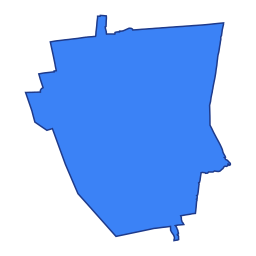 outline of Gioseni, Bacau, Romania
{"feature_id": "2599482B9784344865967", "entity_name": "Gioseni", "entity_type": "district", "adm_level": 2, "iso_a3": "ROU", "parent_name": "Romania", "parent_adm1": "Bacau", "projection": "natural_earth1", "projection_center": [27.009, 46.422], "detail": "fine", "context": "isolated", "style": "filled", "palette": "blue", "viewbox_px": 256, "rotation_deg": 0, "n_neighbors": 0, "source": "geoboundaries", "source_scale": "gbopen_adm2", "svg_char_len": 4186}
<svg xmlns="http://www.w3.org/2000/svg" viewBox="0 0 256 256"><path d="M154.1,228.4L155.3,228.3L157.8,228.0L162.3,227.4L166.1,227.0L170.5,226.4L170.6,229.5L170.6,230.2L171.6,232.2L173.6,235.1L174.3,236.9L174.5,238.1L174.0,239.7L174.0,240.6L174.5,240.5L176.9,240.1L177.3,240.1L178.1,239.8L178.6,239.6L178.7,239.0L178.5,238.3L178.5,237.7L178.6,237.3L178.6,236.8L178.5,236.1L178.3,235.7L178.1,235.4L177.5,235.2L177.3,234.9L177.3,234.4L177.7,234.1L178.4,233.9L178.4,233.5L178.4,232.9L178.1,232.1L177.9,231.1L177.9,230.7L177.7,230.1L177.3,229.3L176.9,228.5L176.6,227.5L176.2,226.7L175.3,225.6L176.4,225.4L177.7,225.1L177.9,225.1L178.2,225.0L179.1,225.0L180.0,224.9L181.2,224.8L182.2,224.7L183.8,224.5L182.8,222.7L182.0,221.8L181.8,220.9L181.5,220.0L181.4,219.5L181.3,218.9L181.4,218.1L181.3,217.4L180.7,215.8L182.9,215.4L186.2,214.8L189.7,214.3L192.5,213.7L195.4,213.4L195.7,211.0L195.9,209.2L196.1,207.3L196.3,205.1L196.4,203.6L196.6,201.3L196.9,200.7L197.0,199.5L196.5,199.1L197.1,198.6L197.2,197.1L197.2,195.6L196.9,195.4L197.6,195.0L197.8,194.2L198.1,192.4L198.4,189.8L198.7,187.0L198.9,185.2L199.1,184.1L198.6,182.9L198.9,182.6L199.4,182.5L199.6,182.0L199.8,181.1L200.0,180.5L200.1,179.9L200.3,178.2L200.6,176.1L200.9,174.3L201.1,172.7L202.6,172.4L203.8,172.6L205.0,172.7L205.6,173.3L207.7,173.1L208.5,172.0L213.0,172.0L214.5,171.0L216.9,171.4L218.5,171.5L219.8,171.2L221.1,170.1L222.1,169.1L222.6,168.9L223.2,168.1L223.6,167.4L224.1,166.7L225.0,166.2L226.5,166.4L227.6,165.8L228.1,164.7L228.0,164.1L228.4,164.1L229.0,164.9L229.2,165.3L230.3,164.8L230.4,164.0L230.2,163.3L229.7,162.7L229.0,162.1L228.4,161.4L227.6,160.5L227.1,160.1L226.4,159.8L225.9,159.6L225.5,159.2L225.2,158.7L225.1,158.3L225.0,158.0L224.8,157.8L224.7,157.7L224.8,157.7L225.2,157.4L225.5,157.2L225.0,156.1L224.7,155.5L223.9,154.2L223.0,152.3L222.6,150.7L222.3,149.5L221.5,147.6L220.3,145.0L219.0,142.5L216.7,138.3L213.5,132.2L211.7,128.4L210.0,125.2L209.9,116.2L209.6,105.2L210.5,101.7L211.1,97.3L211.8,93.9L212.2,92.2L212.5,89.9L212.8,88.8L213.1,86.7L213.9,82.7L214.9,77.8L215.7,73.0L216.2,69.1L216.5,67.2L216.8,65.3L217.0,63.4L217.2,61.3L217.5,59.1L217.6,58.1L217.7,57.0L218.0,55.1L218.3,53.9L218.6,52.8L218.9,51.4L219.1,50.1L219.3,48.7L219.5,47.4L219.7,46.0L220.0,44.5L220.2,43.2L220.4,41.6L220.6,40.5L220.8,39.8L220.8,38.8L220.8,37.4L220.8,36.8L220.9,36.6L221.4,35.8L221.5,35.4L221.6,35.1L221.6,34.6L221.8,33.3L222.0,31.9L222.1,31.0L222.2,30.0L222.3,29.6L222.6,28.4L222.7,27.8L222.8,27.4L222.9,27.0L222.9,26.7L223.1,26.2L223.3,25.1L223.4,24.8L223.4,24.7L223.5,24.3L223.5,23.8L223.5,23.6L223.6,22.9L217.4,23.5L213.4,23.9L209.8,24.3L206.7,24.6L203.3,24.9L196.5,25.4L193.0,25.6L189.6,25.9L186.2,26.1L182.8,26.4L179.4,26.6L176.0,26.8L172.5,27.1L169.1,27.3L165.7,27.6L162.3,27.8L158.9,28.1L155.5,28.3L152.1,28.6L148.6,28.8L145.2,29.1L141.8,29.3L138.4,29.6L132.9,30.0L132.9,29.6L132.2,28.9L131.0,28.3L129.1,28.2L128.0,28.7L123.5,30.7L121.9,31.1L121.7,31.1L121.4,31.1L120.3,31.4L120.1,31.0L119.7,31.0L119.3,31.3L119.3,31.9L117.6,31.9L116.1,32.1L115.0,32.5L115.0,33.5L114.8,34.1L113.3,34.0L111.9,34.0L108.9,34.0L107.9,34.0L106.5,34.1L106.4,33.5L106.3,32.7L106.3,31.8L106.1,31.0L105.8,29.9L105.5,28.8L105.3,27.9L105.3,27.3L105.3,26.7L106.0,26.5L106.1,24.8L106.2,21.3L106.3,19.9L106.4,18.5L106.4,17.8L106.4,17.2L106.3,15.9L103.4,15.6L100.3,15.4L100.1,16.3L98.8,16.2L97.6,16.2L97.6,17.6L97.2,20.5L97.0,22.2L96.9,23.7L96.7,26.1L96.3,29.7L96.0,31.9L96.0,32.2L95.8,35.2L95.7,35.8L95.5,36.4L93.8,36.5L92.1,36.7L87.8,37.0L86.5,37.2L85.9,37.2L83.8,37.5L83.4,37.5L82.9,37.6L79.6,38.1L77.7,38.4L72.3,39.0L68.5,39.5L64.4,39.9L62.3,40.2L59.8,40.5L56.9,40.8L55.5,41.0L50.3,41.9L51.2,46.1L53.4,56.2L55.1,64.6L55.3,66.0L56.3,70.7L54.1,71.0L54.2,71.8L50.1,72.3L44.7,72.9L43.2,73.1L39.4,73.8L38.8,73.9L39.6,76.7L40.3,79.2L41.7,83.5L43.1,87.7L41.5,88.6L40.4,90.3L40.4,92.1L38.7,92.1L36.9,92.2L34.9,92.2L33.0,92.3L27.9,92.4L26.5,92.5L25.6,92.5L26.4,94.8L31.9,110.8L33.1,115.5L34.9,122.1L40.0,125.6L46.9,130.3L48.1,129.9L49.5,129.5L51.2,129.0L52.4,128.6L65.4,164.3L75.7,188.4L78.0,193.7L79.8,195.7L85.9,202.5L103.5,222.3L116.0,236.4L142.8,230.8L150.9,229.1L152.2,228.8L154.1,228.4Z" fill="#3b82f6" stroke="#1e3a8a" stroke-width="1.5"/></svg>